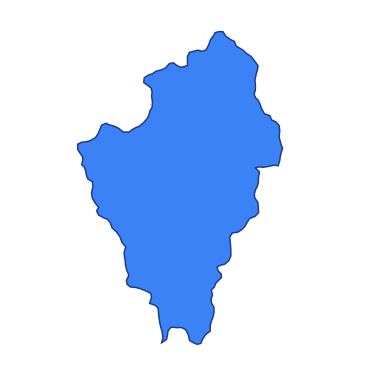 Santa Margarida, Minas Gerais, Brazil, rotated 346°
{"feature_id": "56859067B76164220715303", "entity_name": "Santa Margarida", "entity_type": "district", "adm_level": 2, "iso_a3": "BRA", "parent_name": "Brazil", "parent_adm1": "Minas Gerais", "projection": "orthographic", "projection_center": [-42.268, -20.439], "detail": "fine", "context": "isolated", "style": "filled", "palette": "blue", "viewbox_px": 384, "rotation_deg": 346, "n_neighbors": 0, "source": "geoboundaries", "source_scale": "gbopen_adm2", "svg_char_len": 2459}
<svg xmlns="http://www.w3.org/2000/svg" viewBox="0 0 384 384"><g transform="rotate(346 192 192)"><path d="M176.0,331.4L177.3,326.3L179.5,322.0L181.7,319.1L184.3,314.0L185.4,309.0L184.1,304.7L184.5,300.7L186.9,297.1L187.0,291.8L190.7,289.6L192.8,286.4L196.2,284.3L199.9,282.1L200.4,278.4L198.3,274.9L198.2,270.9L201.7,269.9L206.2,270.0L211.0,267.6L214.3,263.3L215.7,257.3L216.6,252.5L217.7,245.0L221.3,241.4L226.4,242.1L231.1,240.6L235.0,238.2L238.0,235.0L241.4,231.7L247.3,230.9L251.6,228.1L252.7,222.1L253.4,217.9L251.5,213.1L251.9,209.3L254.0,205.4L256.6,202.5L258.5,199.1L260.1,193.8L262.3,189.0L259.3,183.9L263.1,183.8L267.3,185.3L273.0,185.7L278.4,185.8L281.9,187.4L284.6,183.0L286.0,179.5L287.8,175.8L290.4,171.6L289.9,167.2L289.8,160.2L292.0,153.5L292.6,148.5L290.3,144.2L286.7,141.4L286.0,136.8L281.1,133.5L279.8,128.3L279.2,122.8L278.4,119.0L276.5,115.9L275.9,112.2L278.1,108.5L279.3,104.1L280.1,98.7L282.8,93.2L284.9,89.6L286.6,85.3L284.4,79.9L282.2,74.9L278.2,70.5L276.0,67.0L272.9,63.8L270.1,60.9L269.6,56.2L265.8,53.0L262.2,48.4L260.9,44.0L257.1,42.9L253.0,43.0L250.1,46.0L246.7,48.8L243.6,53.5L239.9,57.6L235.7,57.9L232.1,55.8L227.6,55.8L223.1,55.9L220.4,59.5L219.2,63.9L218.3,68.0L214.4,68.5L210.8,68.0L207.9,65.6L205.1,62.1L201.1,61.9L196.4,65.2L191.7,66.1L186.4,66.1L182.6,67.5L177.3,68.2L173.3,69.6L171.6,74.2L175.2,78.2L177.5,81.4L177.5,85.3L176.0,89.3L175.4,95.2L173.6,100.4L170.5,103.4L168.8,107.1L166.0,110.1L162.1,112.8L156.9,115.4L152.5,116.0L149.0,117.0L145.5,118.6L140.0,117.3L135.5,111.7L131.1,108.5L128.0,106.9L125.2,104.5L120.6,105.3L117.4,109.5L114.9,112.8L111.5,115.9L105.4,117.6L100.6,117.6L96.8,117.0L92.6,118.0L91.4,123.0L92.8,127.3L94.3,131.4L93.6,135.1L91.5,138.7L93.6,142.0L93.9,146.6L93.6,150.7L94.2,154.3L97.9,157.9L97.1,163.0L94.3,168.4L93.8,173.7L95.4,179.3L97.7,184.3L94.9,187.2L95.8,191.8L99.8,195.4L103.0,197.8L105.1,201.5L105.8,207.5L109.1,212.5L111.2,217.9L111.9,224.1L114.4,229.1L111.5,234.2L110.8,238.8L110.6,242.6L109.8,246.5L109.8,252.3L110.6,257.5L107.0,261.9L106.7,265.8L109.3,269.3L113.9,270.8L118.9,273.6L124.0,277.3L127.6,280.6L127.1,284.6L123.9,289.8L129.0,293.1L130.9,296.5L130.4,300.3L129.6,305.7L129.0,312.0L129.0,315.8L129.2,320.2L128.5,326.4L126.1,330.9L131.6,328.9L133.8,324.3L135.2,320.9L139.0,318.0L144.1,319.8L149.0,320.9L152.6,324.1L153.9,329.9L153.7,335.4L157.1,338.8L160.3,341.1L163.9,341.0L166.9,337.2L170.9,333.5L176.0,331.4Z" fill="#3b82f6" stroke="#1e3a8a" stroke-width="1.5"/></g></svg>